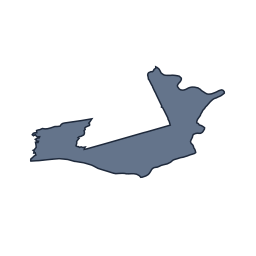 Foz do Iguaçu, Paraná, Brazil (Equal Earth projection), rotated 254°
{"feature_id": "56859067B63290422041156", "entity_name": "Foz do Iguaçu", "entity_type": "district", "adm_level": 2, "iso_a3": "BRA", "parent_name": "Brazil", "parent_adm1": "Paraná", "projection": "equal_earth", "projection_center": [-54.465, -25.455], "detail": "fine", "context": "isolated", "style": "filled", "palette": "slate", "viewbox_px": 256, "rotation_deg": 254, "n_neighbors": 0, "source": "geoboundaries", "source_scale": "gbopen_adm2", "svg_char_len": 3598}
<svg xmlns="http://www.w3.org/2000/svg" viewBox="0 0 256 256"><g transform="rotate(254 128 128)"><path d="M149.0,35.5L147.9,34.1L146.6,35.0L147.1,37.1L145.8,37.5L144.5,38.3L144.0,40.7L143.0,40.0L143.2,38.1L142.7,35.8L141.8,36.5L140.9,36.2L139.9,38.3L138.8,37.4L139.6,35.1L137.1,34.9L134.7,34.4L132.9,31.9L132.7,30.6L131.5,31.4L129.9,30.5L129.7,32.0L128.5,31.9L127.4,32.0L127.0,30.2L125.7,27.7L125.2,26.3L124.0,25.6L123.0,25.5L121.7,31.3L121.2,33.3L119.8,41.5L118.7,47.5L117.5,53.4L116.0,57.3L114.3,61.5L110.6,67.5L110.2,68.6L106.7,76.0L102.4,82.8L100.8,84.6L97.4,88.1L95.4,91.1L92.3,95.9L88.6,101.5L87.5,103.6L86.9,106.4L86.5,108.1L86.0,110.1L85.6,111.3L85.2,112.4L84.5,113.6L84.1,114.9L83.7,116.2L83.4,117.5L83.0,119.1L82.4,121.1L81.8,122.3L81.3,123.4L80.3,124.5L79.1,125.7L78.1,126.3L77.1,126.6L76.8,128.1L76.9,130.1L77.0,132.0L77.6,134.3L78.4,135.8L79.4,137.0L80.6,138.3L81.5,139.2L82.2,140.3L82.7,141.8L82.6,143.5L82.3,145.5L82.6,147.9L82.9,149.5L82.9,151.6L82.8,154.0L82.7,155.9L83.0,157.5L83.3,159.1L83.8,160.5L84.4,161.6L84.8,162.9L84.9,164.4L84.9,165.8L84.9,167.7L85.0,169.1L85.0,170.6L84.8,172.1L84.7,173.7L84.8,175.4L84.8,177.3L85.0,179.1L85.1,180.6L85.1,182.5L85.2,184.9L85.7,186.3L86.8,186.4L88.0,186.4L89.2,186.3L90.5,185.8L92.1,185.8L93.3,185.7L94.5,185.3L95.3,184.7L96.5,184.3L97.9,184.4L99.1,185.3L100.3,186.4L101.4,187.4L102.6,188.0L103.8,189.0L104.1,191.5L103.8,193.6L103.3,194.7L102.9,196.4L103.4,198.3L104.2,199.4L105.9,201.2L107.2,201.7L108.2,200.9L109.4,199.9L110.4,198.8L111.2,197.4L112.9,196.8L113.9,195.6L114.9,195.7L116.2,196.5L117.1,197.2L118.0,198.3L119.2,199.8L120.1,201.0L121.0,201.5L122.2,202.7L123.1,203.7L124.2,204.6L124.8,205.5L125.6,206.9L127.0,208.5L127.8,210.1L128.7,211.4L129.3,212.4L130.3,213.9L131.1,215.4L131.6,216.4L132.1,217.5L132.5,218.9L132.6,220.2L132.6,221.4L132.9,222.5L133.1,224.1L133.3,225.6L133.6,226.9L134.1,228.1L134.5,229.2L135.0,230.2L136.3,230.5L137.8,229.9L138.8,228.7L138.9,227.4L138.8,225.5L138.3,223.1L138.1,221.6L137.9,219.0L137.8,217.8L138.0,216.5L138.3,214.8L139.0,213.3L140.2,212.0L141.4,211.0L142.5,210.0L143.8,208.9L145.3,208.1L146.1,207.3L147.3,206.3L148.0,204.9L148.8,203.5L149.5,201.5L149.8,200.2L149.9,198.5L149.8,197.0L149.5,195.8L149.2,194.3L149.1,192.5L149.3,191.0L150.2,189.1L151.4,188.0L152.7,187.5L154.0,187.0L155.3,187.2L156.2,188.0L157.3,189.5L157.9,190.6L159.0,191.9L160.1,192.7L161.2,193.0L162.1,192.5L163.6,191.6L164.5,190.1L165.3,188.4L166.0,186.7L166.6,185.0L166.9,183.3L167.5,181.2L168.1,179.2L168.8,177.6L169.6,176.7L170.7,175.8L172.0,174.9L173.5,174.7L176.0,174.1L177.0,173.5L178.3,172.5L179.2,171.5L177.9,171.2L177.1,169.1L176.1,168.4L175.4,166.9L175.8,165.7L175.5,163.2L174.9,162.3L173.5,161.5L171.3,161.4L169.3,161.1L168.2,161.6L162.8,162.6L161.8,163.0L160.5,163.0L156.7,163.6L155.5,163.8L154.5,164.1L151.6,164.5L140.1,166.5L138.9,165.9L138.1,166.9L134.2,167.7L126.6,169.1L125.5,168.9L122.9,169.4L119.1,169.4L119.1,150.3L119.1,144.8L119.2,142.0L119.2,139.2L119.2,133.3L119.2,128.5L119.2,115.7L119.2,109.9L119.2,103.9L119.3,82.6L119.5,80.0L120.7,80.7L121.5,81.6L121.7,79.3L122.8,77.7L122.7,75.9L123.7,75.4L124.2,74.0L125.2,73.1L127.6,74.6L129.2,74.9L130.5,76.6L131.5,78.1L132.5,77.3L133.1,78.7L132.9,80.3L133.5,83.4L134.4,84.4L136.0,85.0L137.6,85.0L138.3,86.4L139.9,86.4L140.6,87.9L141.1,91.7L142.3,92.2L143.5,91.6L144.4,93.0L146.8,95.8L148.0,85.1L150.0,70.6L150.3,68.4L150.4,66.6L150.0,65.1L149.3,64.1L148.5,63.2L148.9,60.7L149.6,58.0L149.4,53.9L149.5,50.5L150.0,48.0L151.1,45.6L150.7,42.7L150.9,41.2L150.8,39.4L148.6,39.0L149.1,37.3L149.0,35.5Z" fill="#64748b" stroke="#1e293b" stroke-width="1.5"/></g></svg>